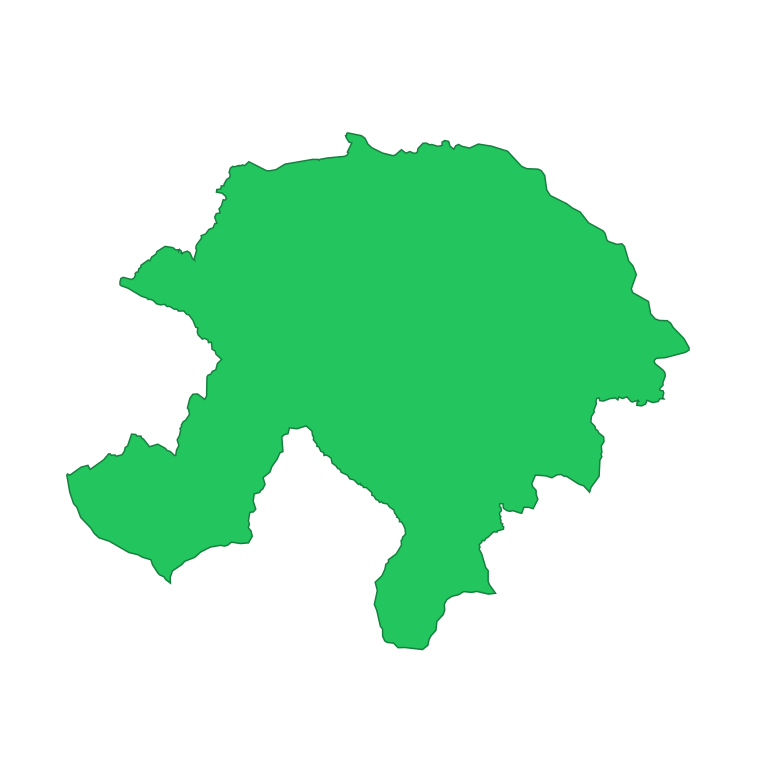 the district of Palermo, Huila, Colombia, rotated 282°
{"feature_id": "7082276B31327332190978", "entity_name": "Palermo", "entity_type": "district", "adm_level": 2, "iso_a3": "COL", "parent_name": "Colombia", "parent_adm1": "Huila", "projection": "orthographic", "projection_center": [-75.466, 2.914], "detail": "fine", "context": "isolated", "style": "filled", "palette": "green", "viewbox_px": 768, "rotation_deg": 282, "n_neighbors": 0, "source": "geoboundaries", "source_scale": "gbopen_adm2", "svg_char_len": 6167}
<svg xmlns="http://www.w3.org/2000/svg" viewBox="0 0 768 768"><g transform="rotate(282 384 384)"><path d="M165.9,178.4L164.3,184.1L163.6,192.6L159.1,195.1L152.1,202.1L150.5,204.6L149.7,208.9L147.4,211.0L144.8,216.5L150.3,215.1L157.2,215.9L165.3,223.7L169.2,226.0L175.1,234.9L181.5,239.6L185.5,244.4L188.4,248.1L192.2,257.6L192.3,261.6L193.7,264.4L197.6,267.7L198.1,276.7L200.4,284.5L207.7,286.8L212.7,284.4L215.3,281.1L218.9,281.5L221.7,279.9L227.3,279.5L230.6,279.6L231.7,282.8L234.9,284.6L242.2,280.4L249.5,279.9L252.2,285.1L253.7,285.2L256.0,287.2L261.0,288.5L267.3,285.2L274.1,290.7L279.8,291.5L288.4,295.1L295.0,296.5L296.9,299.2L310.8,295.1L313.7,296.9L315.4,300.4L321.5,300.6L322.1,308.1L326.8,316.6L323.1,323.2L318.6,324.9L317.6,326.2L314.7,326.5L311.2,330.9L309.2,331.2L308.8,333.4L305.0,336.2L304.4,339.2L301.6,340.2L302.6,342.7L300.6,347.6L295.8,349.7L293.9,354.1L291.8,356.2L291.4,358.5L288.8,360.4L287.2,367.3L284.1,370.3L284.0,374.4L280.5,379.8L281.7,381.6L280.4,381.9L280.2,384.1L278.6,385.4L279.0,388.4L275.3,394.6L272.6,395.3L272.3,397.4L269.3,400.2L269.2,402.1L267.3,404.2L268.4,406.1L267.2,407.8L267.4,412.4L265.0,414.7L262.7,420.0L260.1,421.2L257.3,424.4L256.4,424.2L256.3,425.4L254.4,427.5L252.5,427.7L252.8,429.8L250.2,432.3L246.6,434.8L241.6,436.3L237.9,434.0L235.7,434.2L234.6,433.3L230.0,434.6L220.4,431.3L213.0,424.8L210.5,425.5L208.1,423.3L202.9,423.4L195.9,421.8L188.3,416.6L180.6,420.4L166.3,420.4L160.9,424.1L146.1,430.9L144.1,433.5L137.0,435.1L132.8,438.2L131.9,440.9L132.5,447.3L129.0,452.6L130.6,459.3L132.3,476.9L137.5,481.2L143.5,481.2L147.4,482.3L153.9,486.0L162.8,485.1L170.8,489.9L175.6,490.4L181.1,488.8L186.2,490.3L190.6,494.7L193.2,500.5L197.5,505.1L198.4,513.0L200.4,517.9L200.2,529.8L202.5,536.6L209.5,528.9L212.7,526.9L223.1,524.7L225.5,521.7L238.1,514.9L242.2,511.4L244.5,511.8L246.5,510.4L249.5,512.5L251.3,512.4L251.6,514.9L254.3,515.7L255.6,517.5L262.1,521.8L262.7,525.4L264.0,525.7L266.8,531.0L269.1,530.8L269.9,529.1L271.8,529.2L272.6,527.0L275.1,526.8L276.8,525.4L278.5,525.9L279.4,524.6L282.2,523.8L284.4,525.2L287.4,524.1L288.5,522.4L291.1,522.1L291.6,525.3L287.4,526.6L285.7,530.5L285.6,533.7L286.9,536.2L286.1,544.2L286.2,545.6L292.5,546.5L293.5,551.3L293.0,555.8L303.1,558.5L307.4,555.9L311.7,554.8L314.5,550.8L317.1,549.3L326.4,551.1L327.8,561.3L327.2,567.7L331.3,572.4L332.3,576.4L331.3,578.9L331.6,581.9L326.6,595.2L325.9,600.6L320.9,607.6L326.0,608.0L338.5,613.6L354.4,611.0L358.3,612.2L360.0,611.0L362.6,611.3L368.5,609.4L373.5,611.2L378.0,609.8L380.9,604.1L383.1,602.5L383.4,600.6L386.5,599.1L389.6,594.3L395.5,593.6L400.3,595.5L401.9,594.7L408.7,595.8L411.9,594.8L414.2,595.2L415.1,597.3L412.6,598.5L412.9,602.1L416.5,607.7L418.5,613.2L417.1,616.0L420.1,616.4L419.4,620.4L421.9,624.2L418.2,629.3L418.1,630.8L421.0,636.1L420.2,636.9L418.7,635.4L415.7,635.7L416.2,640.6L418.8,644.1L422.7,644.6L421.7,650.7L424.0,656.0L427.0,656.8L427.6,660.9L429.0,659.3L433.1,659.6L435.3,658.5L435.2,655.7L436.5,654.5L441.0,657.2L443.3,656.5L450.1,657.5L453.3,656.5L455.4,654.4L460.0,645.4L461.5,643.8L463.6,643.6L465.9,645.3L468.3,653.7L477.6,672.1L480.6,675.3L483.0,674.8L490.8,667.9L499.5,655.0L503.3,651.5L504.8,647.9L503.4,639.9L504.1,635.6L508.2,630.2L519.7,625.5L525.1,608.3L528.5,606.1L543.5,608.1L551.3,602.9L555.2,597.8L568.5,590.6L570.6,587.6L569.0,582.7L570.1,573.9L571.2,572.1L577.1,569.0L579.3,566.6L584.1,550.7L593.0,540.1L595.3,531.7L598.3,525.2L602.9,507.5L607.7,502.8L621.4,497.8L625.4,493.5L626.2,490.0L624.3,479.0L625.5,473.3L637.4,456.4L639.0,439.6L638.3,426.4L632.6,418.7L632.7,411.0L633.8,407.1L632.0,404.7L628.2,403.5L630.3,399.2L634.7,396.8L634.8,392.8L632.6,390.5L629.7,391.4L627.7,387.6L628.2,380.8L627.5,379.1L628.4,375.2L627.6,372.1L621.4,368.3L617.9,368.4L616.4,367.1L615.9,364.7L616.8,361.0L614.3,357.5L616.8,352.3L610.3,347.4L609.2,345.1L609.6,334.5L612.5,323.1L615.3,318.4L620.5,314.2L622.2,310.2L622.1,296.4L621.2,295.4L619.1,295.7L618.9,294.8L617.0,295.9L613.4,299.4L613.1,302.4L603.2,299.9L602.6,301.3L599.8,300.0L598.5,298.2L593.3,281.6L590.4,274.7L589.2,273.9L590.0,273.1L588.9,267.6L578.5,241.5L571.1,233.6L568.5,227.1L568.3,224.5L573.3,205.6L568.6,202.2L568.9,200.1L567.0,197.0L567.6,196.5L565.5,193.0L565.4,190.7L563.1,188.8L558.7,188.5L556.8,190.1L554.0,190.1L551.2,187.5L546.2,186.0L544.6,186.3L543.9,183.6L540.9,183.8L539.4,180.0L536.8,180.2L537.0,185.9L534.8,189.9L532.6,191.3L530.6,190.0L530.9,188.4L524.3,187.9L521.0,186.2L517.4,188.1L515.7,184.5L512.0,183.7L506.4,187.1L505.7,185.2L501.2,184.3L498.8,180.6L493.6,178.3L491.1,174.3L488.8,175.2L480.8,171.6L477.5,171.7L476.3,172.9L467.1,172.3L465.7,173.0L466.9,170.5L471.9,167.0L473.1,164.1L470.7,160.1L469.3,159.5L469.6,158.6L471.7,158.2L473.1,155.9L471.0,155.4L472.5,154.7L471.9,152.3L473.5,149.2L473.1,141.3L466.3,134.3L463.6,133.9L459.8,130.3L455.9,129.4L456.2,127.6L449.6,121.6L447.5,121.9L445.8,120.2L442.4,120.2L441.9,118.5L440.3,117.6L438.5,118.3L435.3,117.3L433.7,114.9L434.1,106.7L432.5,104.7L429.1,104.5L426.3,105.1L425.5,106.4L424.5,113.7L419.5,128.2L418.8,134.1L417.6,135.9L418.3,137.6L417.6,141.3L415.2,144.7L414.9,148.8L416.3,152.8L414.7,155.6L415.3,158.4L413.6,163.2L414.1,166.0L412.6,167.7L413.8,173.0L411.1,176.6L411.1,178.7L406.7,183.8L400.4,188.1L400.1,190.2L395.9,190.6L393.4,192.0L390.1,197.0L391.3,198.8L390.5,202.5L388.0,203.7L389.0,206.5L382.2,208.6L381.3,211.8L378.1,213.6L374.3,220.1L369.4,216.8L362.8,216.5L360.7,213.5L357.6,212.5L356.0,210.0L354.0,209.4L335.3,213.0L331.7,211.8L335.5,203.6L334.2,199.1L329.6,197.1L319.5,196.7L318.7,198.0L313.9,200.1L307.4,197.5L305.1,195.3L301.5,194.3L300.0,194.9L298.2,193.7L296.1,194.7L291.2,194.7L286.3,193.3L281.2,196.2L276.3,194.8L270.8,195.1L270.5,193.9L273.5,189.1L274.0,185.3L275.6,183.5L278.1,175.2L273.9,167.7L280.1,160.2L280.7,158.2L282.5,157.1L281.7,153.2L283.0,151.7L282.5,147.5L270.1,146.1L268.0,144.0L264.5,144.1L260.3,142.4L257.7,137.2L258.6,135.6L257.6,131.9L258.7,130.7L258.4,129.2L251.5,125.5L239.3,114.3L242.9,111.3L239.6,104.9L229.5,95.7L230.2,93.1L228.9,92.7L212.7,99.2L202.4,105.3L199.6,109.2L190.4,115.1L182.3,127.0L177.7,131.5L174.3,137.2L173.1,148.1L166.1,169.6L165.9,178.4Z" fill="#22c55e" stroke="#15803d" stroke-width="1.5"/></g></svg>